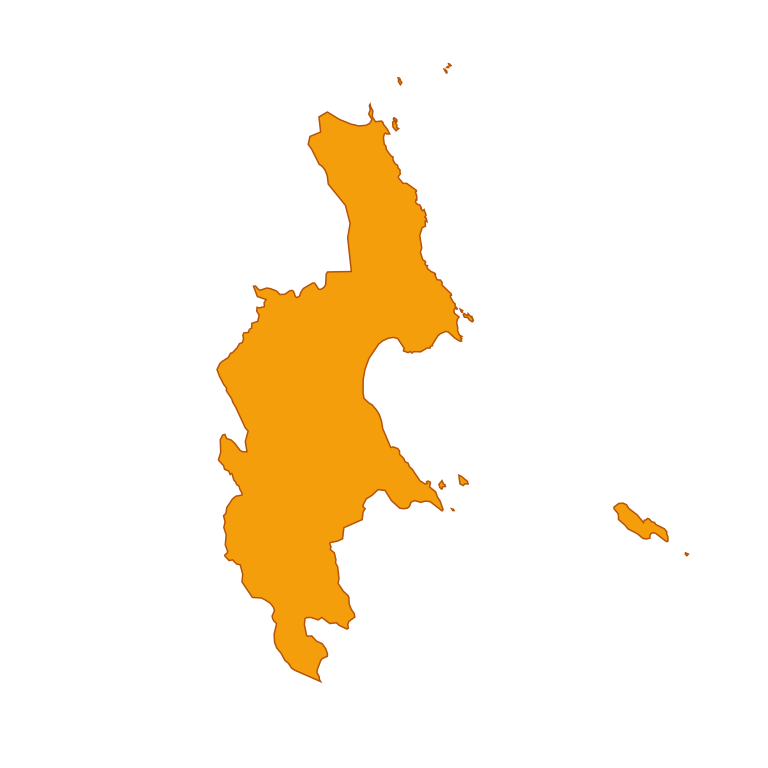 Quy Nhon, Bình Định, Vietnam, rotated 337°
{"feature_id": "81297802B6190272756602", "entity_name": "Quy Nhon", "entity_type": "district", "adm_level": 2, "iso_a3": "VNM", "parent_name": "Vietnam", "parent_adm1": "Bình Định", "projection": "natural_earth1", "projection_center": [109.246, 13.749], "detail": "fine", "context": "isolated", "style": "filled", "palette": "amber", "viewbox_px": 768, "rotation_deg": 337, "n_neighbors": 0, "source": "geoboundaries", "source_scale": "gbopen_adm2", "svg_char_len": 6160}
<svg xmlns="http://www.w3.org/2000/svg" viewBox="0 0 768 768"><g transform="rotate(337 384 384)"><path d="M428.5,112.7L424.1,127.3L412.6,127.2L407.9,133.7L409.2,140.0L410.2,156.5L412.1,159.4L413.3,163.9L413.2,170.0L410.8,178.3L418.3,204.5L415.5,223.0L407.7,235.2L397.9,267.7L375.8,258.8L373.8,260.1L369.2,269.6L366.5,271.6L362.9,272.2L360.9,271.3L359.6,264.0L357.7,263.2L347.0,264.6L343.1,267.2L340.7,270.0L337.9,270.5L336.6,269.1L336.9,263.3L336.0,261.9L333.8,261.4L327.7,262.6L323.2,261.0L321.4,256.4L316.8,251.9L313.5,249.8L306.7,249.3L305.4,247.8L304.0,243.6L302.1,243.0L301.6,254.0L308.5,260.2L305.5,262.2L304.1,266.1L298.6,265.1L297.1,263.8L295.3,267.2L296.0,271.8L292.2,277.0L286.1,276.5L283.9,280.9L281.4,281.1L279.4,283.5L274.8,282.2L273.2,284.0L272.3,287.6L269.8,290.5L266.6,290.4L263.3,293.1L256.9,295.9L254.7,295.8L251.0,298.8L243.5,300.0L240.6,301.3L235.9,305.5L235.6,312.6L236.3,321.8L237.5,326.4L236.4,327.9L236.4,329.7L238.0,337.9L237.7,342.1L238.4,347.0L239.2,370.5L240.6,374.1L233.8,382.9L231.4,392.9L227.3,391.0L225.6,388.9L223.5,380.5L221.4,375.8L217.8,372.7L217.8,368.2L215.5,368.0L211.5,371.3L207.0,383.1L201.9,389.2L204.4,396.7L203.9,400.2L207.0,403.4L207.1,407.3L208.6,406.8L209.1,407.3L208.2,413.6L209.1,416.0L209.1,419.1L210.7,421.5L210.2,424.2L210.6,429.3L209.8,430.7L203.7,429.4L199.5,430.7L191.1,436.2L188.0,441.3L184.8,442.6L183.9,448.7L180.5,453.4L179.8,461.2L175.0,470.1L174.7,476.9L173.4,478.4L170.8,479.1L170.3,480.2L172.4,486.0L175.9,486.7L177.9,492.0L181.0,494.3L179.6,503.9L175.9,510.8L179.5,529.1L187.3,532.9L189.4,535.2L193.7,541.4L195.0,546.5L194.6,549.9L190.4,553.8L189.8,556.0L190.0,559.1L191.5,562.6L185.1,571.4L182.3,579.2L182.1,585.1L184.1,591.8L184.8,599.7L186.8,603.5L187.9,609.4L189.9,612.5L209.4,633.2L209.1,630.7L210.0,627.6L209.5,623.6L210.8,621.1L217.7,613.8L220.2,612.6L225.4,612.5L226.5,610.4L227.0,605.4L225.6,598.8L221.5,594.4L219.0,587.6L215.3,586.4L214.5,585.3L216.7,574.4L219.5,569.2L221.4,568.8L225.6,570.4L231.4,575.5L235.5,574.6L240.5,583.3L246.9,585.2L248.4,588.6L254.1,595.1L255.8,594.8L256.7,591.2L258.9,588.8L266.1,587.1L266.9,583.7L265.8,578.5L266.0,572.9L268.3,566.6L268.2,564.7L265.6,558.9L263.8,549.6L266.5,545.6L269.9,534.3L269.5,529.8L271.1,526.9L272.3,520.0L269.9,515.3L271.6,513.3L271.6,509.8L272.6,509.0L280.0,510.5L285.4,510.3L290.9,500.6L310.9,500.3L314.8,493.6L318.0,491.4L316.8,489.1L317.2,487.5L322.8,482.8L329.5,481.8L337.3,478.9L343.4,482.4L345.3,494.3L350.0,504.5L353.6,506.6L357.1,507.4L359.5,506.7L362.8,503.3L366.7,503.3L371.6,507.3L376.1,507.9L380.5,510.3L387.9,523.5L389.3,522.7L389.9,514.1L389.0,508.4L389.4,503.5L385.7,496.6L388.3,492.7L387.0,490.8L385.6,490.4L384.8,490.8L384.9,492.3L382.9,492.3L379.3,487.2L376.6,473.2L375.1,470.2L375.2,466.2L373.0,463.7L373.1,460.3L370.9,454.9L372.1,451.7L371.4,448.8L367.7,445.4L365.8,445.3L365.4,444.6L365.4,424.7L367.2,417.2L367.7,410.4L366.9,404.9L364.9,398.6L362.6,395.4L360.0,389.4L361.2,384.2L366.6,371.7L372.3,363.0L380.1,354.6L394.8,345.1L399.8,343.7L405.6,343.5L410.9,344.8L414.4,347.5L416.5,358.9L414.8,361.1L418.4,364.5L421.0,364.4L421.8,366.4L423.8,365.8L430.4,368.7L437.5,367.7L440.5,368.9L441.4,367.5L443.6,367.7L444.0,366.6L451.9,361.0L455.3,359.7L461.3,359.7L463.4,361.2L467.2,369.5L470.5,374.2L472.2,374.8L472.6,372.3L473.6,373.2L472.6,370.8L474.3,370.6L472.5,368.4L472.5,363.7L473.8,361.2L474.8,356.0L477.0,353.0L479.3,351.7L476.6,346.7L476.6,344.8L478.0,342.5L479.1,342.3L480.4,343.7L480.8,343.3L480.5,341.5L479.7,341.0L480.8,337.9L479.8,336.0L479.1,329.8L479.9,328.4L480.7,328.7L481.0,327.2L476.0,315.4L477.2,313.5L476.6,310.4L473.6,308.8L473.5,303.3L474.2,303.3L474.1,301.9L471.2,298.8L469.5,295.6L469.1,293.1L470.3,292.1L468.8,291.0L468.6,289.1L469.8,288.4L469.9,287.1L468.2,284.8L469.0,276.8L471.9,273.6L474.9,261.3L480.1,255.1L483.8,254.9L485.4,250.4L486.6,249.8L486.6,250.8L487.0,251.4L487.7,248.0L486.6,246.4L488.7,245.1L489.1,239.1L487.3,239.7L486.5,237.0L487.2,236.7L487.0,233.5L484.4,230.8L484.2,228.8L485.2,227.0L486.1,227.5L487.6,223.6L488.0,219.5L489.3,219.2L489.4,218.3L483.3,208.2L479.9,206.7L477.9,200.1L478.1,198.8L481.3,196.8L481.4,195.2L482.4,193.5L481.4,190.7L481.9,187.9L480.4,185.8L479.8,181.4L481.0,178.3L479.9,177.3L478.8,174.0L477.8,168.9L478.7,166.0L477.9,163.3L479.8,156.9L482.1,153.9L483.4,153.6L484.5,155.1L487.0,156.0L486.6,150.8L484.8,144.1L485.3,143.2L484.5,141.0L478.6,139.2L477.7,133.2L480.5,128.1L480.0,123.9L480.5,121.0L479.3,122.0L478.5,126.2L475.4,129.5L476.2,135.9L472.7,138.5L468.6,138.9L461.6,136.6L455.1,131.8L446.4,123.1L438.1,111.5L428.5,112.7ZM553.5,585.7L547.5,587.2L547.0,589.0L548.7,594.1L548.6,596.2L546.9,600.3L550.8,608.3L551.9,612.7L558.6,620.6L562.0,627.3L565.0,629.2L568.5,629.8L569.9,627.1L571.5,626.0L573.3,625.9L575.8,627.8L582.1,639.0L583.4,639.8L584.1,639.4L585.6,635.6L585.6,632.2L586.6,630.8L585.5,626.8L579.1,619.3L579.0,617.3L576.7,615.5L575.2,611.6L573.7,610.7L572.2,611.5L570.4,611.1L568.7,613.0L566.0,603.6L560.7,594.1L560.1,590.0L557.7,587.2L553.5,585.7ZM422.4,508.9L422.7,506.1L419.2,499.4L417.3,497.2L414.9,505.5L417.2,508.4L419.3,507.5L422.4,508.9ZM487.3,353.4L485.3,350.4L484.1,351.1L484.1,353.9L487.0,355.5L487.6,358.4L489.4,361.2L490.2,361.2L490.7,360.0L491.1,361.0L491.2,356.2L490.4,356.6L488.9,352.1L488.2,353.4L487.3,353.4ZM399.7,499.3L399.7,495.6L395.4,497.8L395.0,500.9L395.7,503.0L396.5,503.3L397.7,501.5L400.5,502.4L400.8,500.7L399.7,499.3ZM497.6,147.9L496.0,145.6L494.3,146.3L492.7,150.9L494.0,155.6L497.3,154.6L495.8,153.0L497.1,150.6L496.4,148.4L497.6,147.9ZM517.2,109.2L517.4,108.1L516.6,107.6L516.3,110.0L515.4,110.9L516.0,114.9L518.2,113.5L517.6,110.8L518.0,109.5L517.2,109.2ZM498.6,147.0L499.0,145.6L497.4,142.9L496.7,143.0L496.1,143.9L496.8,145.7L498.6,147.0ZM595.7,660.4L597.7,659.5L595.6,657.2L594.8,658.6L595.7,660.4ZM485.1,347.2L483.4,344.9L483.3,347.5L484.2,349.3L484.2,347.9L485.1,347.2ZM564.0,120.7L563.1,118.1L562.3,117.6L562.9,122.0L563.5,122.2L564.0,120.7ZM399.1,527.9L398.9,526.5L397.5,525.3L397.9,527.5L399.1,527.9ZM570.2,117.0L568.9,114.4L568.6,114.3L568.6,116.4L569.4,117.3L570.2,117.0ZM567.4,116.9L566.2,116.6L565.4,117.1L567.2,118.0L567.4,116.9Z" fill="#f59e0b" stroke="#b45309" stroke-width="1.5"/></g></svg>